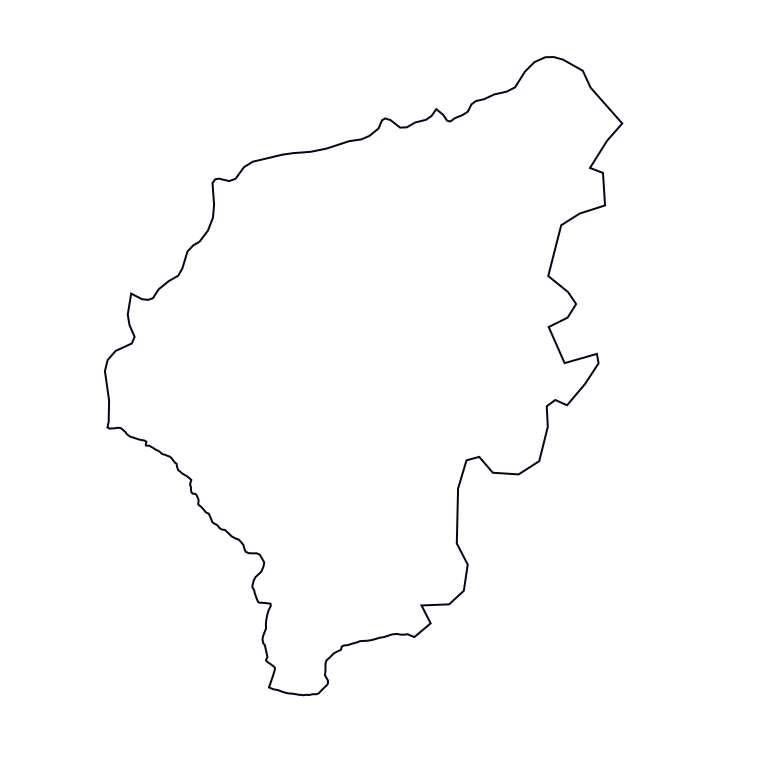 the district of Yeghegnadzor, Vayots Dzor, Armenia, rotated 350°
{"feature_id": "60910142B56159953902843", "entity_name": "Yeghegnadzor", "entity_type": "district", "adm_level": 2, "iso_a3": "ARM", "parent_name": "Armenia", "parent_adm1": "Vayots Dzor", "projection": "orthographic", "projection_center": [45.236, 39.785], "detail": "fine", "context": "isolated", "style": "outline", "palette": "ink", "viewbox_px": 768, "rotation_deg": 350, "n_neighbors": 0, "source": "geoboundaries", "source_scale": "gbopen_adm2", "svg_char_len": 3546}
<svg xmlns="http://www.w3.org/2000/svg" viewBox="0 0 768 768"><g transform="rotate(350 384 384)"><path d="M150.7,251.1L143.7,271.2L143.6,281.7L146.6,294.3L142.6,300.3L125.5,304.8L116.0,312.4L111.4,322.9L110.4,352.6L106.3,373.4L104.1,378.8L104.7,379.0L105.9,380.3L106.9,380.3L110.5,380.8L114.3,380.9L117.0,381.6L119.1,384.0L120.9,386.3L122.0,388.6L123.3,390.2L125.0,391.8L127.9,393.3L133.7,396.4L138.3,398.1L140.0,399.6L138.9,402.1L138.8,403.2L140.2,403.7L142.2,404.0L143.7,405.3L145.6,406.9L148.4,409.6L150.3,410.6L152.2,412.8L153.3,414.4L155.7,415.5L158.5,417.2L160.6,418.5L162.1,420.4L162.9,422.2L164.5,425.2L165.9,426.5L165.8,429.6L166.4,433.1L167.6,434.4L170.3,437.6L173.6,440.3L176.3,443.3L177.6,445.1L176.8,446.5L175.5,449.5L176.0,451.9L175.5,454.8L175.6,457.5L176.9,458.9L179.0,459.4L180.1,460.8L180.8,463.5L181.3,466.1L180.2,470.0L180.7,471.3L182.2,472.7L184.5,476.2L186.2,479.4L188.6,481.1L189.0,481.3L189.4,483.1L189.5,483.4L190.4,487.4L190.9,490.1L192.6,492.0L194.4,493.2L196.1,495.2L196.7,496.9L198.9,499.1L200.1,499.5L202.1,500.2L203.2,501.7L204.9,503.9L207.5,507.6L210.6,510.1L214.1,512.2L216.1,515.4L217.6,518.1L217.7,519.8L218.0,522.4L218.6,525.1L221.3,527.1L224.5,527.8L226.6,528.2L229.4,528.7L232.2,530.7L233.5,534.5L233.6,534.9L235.1,538.9L233.6,542.9L230.6,547.5L223.9,551.9L221.4,555.2L219.3,560.0L219.2,561.7L220.3,564.4L220.4,567.5L221.2,572.5L222.0,576.2L222.9,577.6L227.2,578.6L231.1,579.7L234.1,580.7L234.0,582.9L231.0,586.9L229.1,590.7L227.0,596.2L225.9,600.5L225.4,604.2L223.8,606.9L221.1,611.3L220.0,614.5L220.1,618.4L221.4,620.8L221.4,621.6L221.4,622.9L221.5,625.4L221.7,629.4L221.8,632.7L220.7,634.0L219.8,635.7L220.9,637.5L223.9,640.4L227.0,643.7L227.3,645.1L226.4,647.4L223.4,653.2L219.2,660.8L218.3,662.2L218.0,662.7L218.0,662.8L221.8,665.3L226.3,667.0L231.2,669.9L235.8,672.0L240.9,673.3L246.6,675.4L248.5,675.8L250.8,676.6L252.9,676.5L256.5,677.3L259.8,677.1L263.8,677.8L266.2,677.2L268.9,675.1L272.5,672.6L275.7,670.5L276.9,668.9L277.3,666.2L276.3,663.5L275.2,660.5L276.3,657.3L277.1,653.4L277.8,649.2L279.2,646.4L281.1,645.1L283.0,644.0L284.9,642.6L287.6,640.7L290.6,639.6L293.5,638.8L295.5,638.3L296.2,636.7L296.8,635.2L299.3,634.5L302.5,634.9L308.5,634.1L312.3,633.8L315.8,633.1L319.3,633.5L323.7,634.0L327.5,634.0L330.2,633.8L335.1,633.2L340.3,633.2L343.8,632.7L348.5,632.0L353.6,632.4L356.4,633.6L357.9,633.9L361.0,634.5L363.5,634.4L370.0,638.5L388.4,627.8L382.5,608.6L409.9,612.3L426.7,601.5L435.1,576.4L428.0,553.7L438.8,499.8L452.0,473.5L465.1,472.3L475.8,490.3L500.9,496.4L523.5,486.9L537.9,454.6L540.4,434.2L549.9,429.5L560.6,436.7L582.1,418.8L598.9,400.9L598.9,391.3L565.5,394.8L556.1,356.5L576.4,350.5L587.1,338.6L581.2,325.4L564.5,306.2L586.1,258.4L606.4,250.1L632.7,246.5L636.3,214.2L624.4,207.0L646.0,183.1L663.9,168.8L638.9,128.0L634.2,110.1L616.6,95.6L608.0,91.5L599.7,90.2L588.1,93.1L577.0,100.9L564.6,114.6L555.5,117.4L542.7,118.0L531.9,120.9L523.7,121.3L518.7,123.8L513.8,130.4L508.0,132.8L500.1,134.5L494.8,137.0L491.9,135.7L489.0,129.1L488.6,128.7L483.2,122.4L477.5,128.2L471.3,131.1L460.1,131.9L451.0,135.2L444.4,134.3L436.2,125.2L431.2,122.7L427.9,123.9L423.0,131.4L412.6,137.2L404.0,139.2L392.0,138.8L368.0,142.2L352.4,142.6L336.8,141.1L336.3,141.0L335.0,140.9L323.8,140.5L293.4,142.3L283.8,146.1L273.5,156.1L266.9,157.3L257.0,153.1L253.3,153.1L250.0,156.4L247.8,178.0L244.5,190.4L237.3,202.3L227.1,211.8L220.3,214.3L213.5,219.3L205.6,235.0L200.2,241.6L189.9,245.3L178.7,251.5L171.3,259.4L166.3,260.2L160.5,258.5L150.7,251.1Z" fill="none" stroke="#020617" stroke-width="2"/></g></svg>